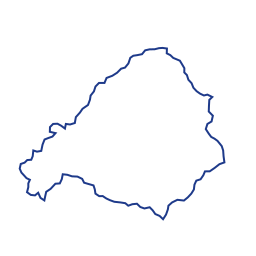 Urucânia, Minas Gerais, Brazil, rotated 189°
{"feature_id": "56859067B64540863553467", "entity_name": "Urucânia", "entity_type": "district", "adm_level": 2, "iso_a3": "BRA", "parent_name": "Brazil", "parent_adm1": "Minas Gerais", "projection": "mercator", "projection_center": [-42.721, -20.332], "detail": "fine", "context": "isolated", "style": "outline", "palette": "blue", "viewbox_px": 256, "rotation_deg": 189, "n_neighbors": 0, "source": "geoboundaries", "source_scale": "gbopen_adm2", "svg_char_len": 1759}
<svg xmlns="http://www.w3.org/2000/svg" viewBox="0 0 256 256"><g transform="rotate(189 128 128)"><path d="M171.1,144.5L175.9,139.9L177.9,135.7L181.2,130.6L181.3,124.6L185.8,122.4L190.0,122.3L190.2,117.6L194.4,119.8L198.3,121.2L202.6,120.3L205.2,116.7L204.6,112.0L198.8,111.6L201.3,107.7L205.2,105.6L208.6,103.6L209.8,98.2L210.1,91.8L214.2,90.4L218.0,91.0L217.7,85.2L218.6,81.5L222.5,80.6L224.7,77.6L228.3,75.7L228.6,70.9L226.3,67.3L223.5,65.1L220.4,62.6L216.8,61.5L217.8,57.7L217.2,54.0L217.7,48.8L213.5,46.7L209.3,46.9L206.6,50.0L203.5,45.3L199.3,43.4L199.1,47.7L198.8,52.2L194.9,55.8L191.0,61.6L186.7,62.6L185.4,67.1L185.2,72.1L180.6,72.3L175.7,71.5L170.3,72.1L165.3,70.6L162.8,67.1L158.1,66.5L153.1,65.9L151.2,62.2L149.9,58.1L145.8,56.2L142.3,56.8L138.4,55.0L134.6,53.9L130.0,53.0L123.8,53.3L118.9,53.3L115.6,51.3L111.8,53.4L107.3,54.6L103.5,51.9L99.2,51.1L94.2,53.1L90.8,50.6L87.6,47.3L83.0,46.1L79.1,43.4L76.9,48.4L75.9,53.8L75.9,57.6L72.8,61.4L68.0,64.8L61.4,65.1L58.1,68.8L55.2,73.1L53.3,77.6L53.5,82.4L52.3,86.7L48.3,88.7L46.2,93.1L45.2,97.2L40.5,98.0L36.3,102.0L32.0,106.6L27.4,109.1L29.2,115.1L30.5,120.7L32.6,124.8L37.6,129.3L40.9,131.0L44.4,132.2L47.4,135.1L51.0,139.1L50.2,144.4L46.5,147.5L46.1,153.4L50.8,156.9L51.5,162.5L52.1,168.5L49.6,171.8L54.8,173.4L58.1,172.0L62.2,173.2L66.0,175.1L69.7,178.0L72.2,182.2L75.9,185.1L78.1,189.5L81.1,191.7L81.7,195.9L84.6,199.4L87.3,202.6L94.3,204.3L97.6,206.6L101.4,207.8L102.0,212.6L106.4,212.5L109.9,211.7L114.1,209.9L118.9,209.1L123.2,207.4L125.7,203.1L130.3,201.4L134.1,200.2L136.7,197.7L137.7,191.8L140.4,187.2L144.1,185.5L147.4,180.9L151.7,177.1L157.0,174.1L158.3,168.8L163.7,168.0L166.6,163.9L167.4,158.8L170.0,154.2L170.0,150.0L171.1,144.5Z" fill="none" stroke="#1e3a8a" stroke-width="2"/></g></svg>